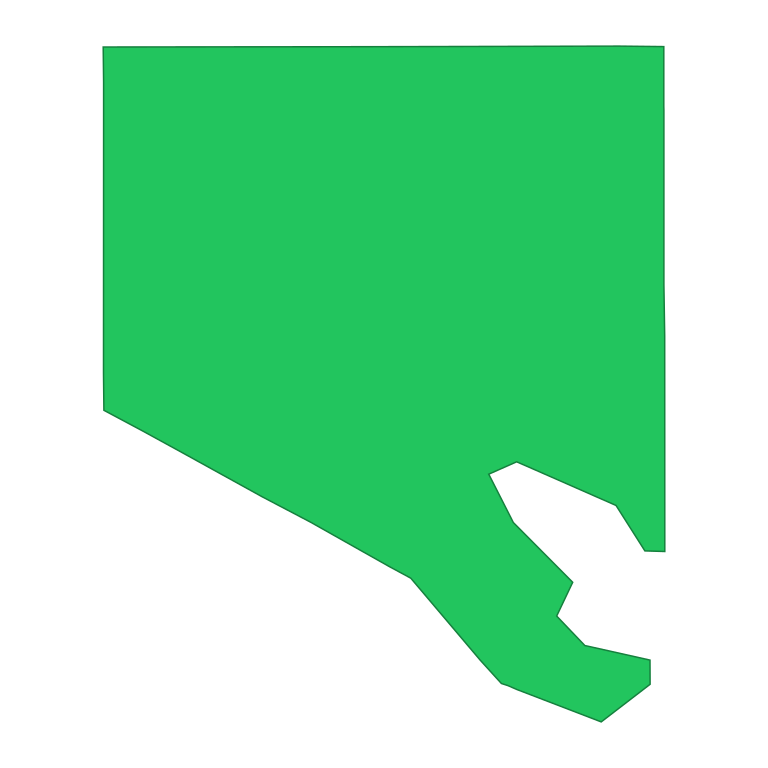 Baltimore, Maryland, United States of America
{"feature_id": "52423323B61620821136351", "entity_name": "Baltimore", "entity_type": "district", "adm_level": 2, "iso_a3": "USA", "parent_name": "United States of America", "parent_adm1": "Maryland", "projection": "natural_earth1", "projection_center": [-76.591, 39.285], "detail": "fine", "context": "isolated", "style": "filled", "palette": "green", "viewbox_px": 768, "rotation_deg": 0, "n_neighbors": 0, "source": "geoboundaries", "source_scale": "gbopen_adm2", "svg_char_len": 653}
<svg xmlns="http://www.w3.org/2000/svg" viewBox="0 0 768 768"><path d="M389.5,566.7L410.8,578.2L480.5,660.5L501.4,683.5L507.9,685.6L517.1,689.6L601.2,721.9L650.1,684.3L650.0,660.1L587.0,646.0L584.9,645.6L556.8,616.2L556.7,616.0L572.7,582.3L513.3,522.5L510.9,517.7L488.9,474.5L488.7,474.2L516.2,462.0L516.6,461.8L535.4,470.0L615.9,505.4L616.0,505.4L644.9,550.9L664.8,551.5L664.7,336.2L663.9,284.7L663.9,110.2L663.8,106.4L663.8,46.6L619.2,46.1L539.6,46.3L501.9,46.4L366.1,46.7L103.2,47.0L103.6,82.3L103.6,114.8L103.5,373.5L103.9,410.3L141.4,430.3L185.4,454.4L262.0,496.7L310.4,522.1L389.5,566.7Z" fill="#22c55e" stroke="#15803d" stroke-width="1.5"/></svg>